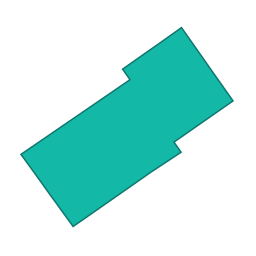 outline of Stone, Missouri, United States of America, rotated 54°
{"feature_id": "52423323B45280868731791", "entity_name": "Stone", "entity_type": "district", "adm_level": 2, "iso_a3": "USA", "parent_name": "United States of America", "parent_adm1": "Missouri", "projection": "albers", "projection_center": [-93.458, 36.747], "detail": "fine", "context": "isolated", "style": "filled", "palette": "teal", "viewbox_px": 256, "rotation_deg": 54, "n_neighbors": 0, "source": "geoboundaries", "source_scale": "gbopen_adm2", "svg_char_len": 381}
<svg xmlns="http://www.w3.org/2000/svg" viewBox="0 0 256 256"><g transform="rotate(54 128 128)"><path d="M77.9,55.7L77.6,70.8L77.2,97.8L90.1,98.0L86.4,230.1L109.5,230.1L111.9,230.1L138.5,230.3L148.7,230.2L149.1,230.3L175.4,230.3L175.9,206.0L177.2,135.0L178.8,99.3L166.4,99.1L167.8,27.1L125.8,26.5L78.2,25.7L77.9,55.7Z" fill="#14b8a6" stroke="#0f766e" stroke-width="1.5"/></g></svg>